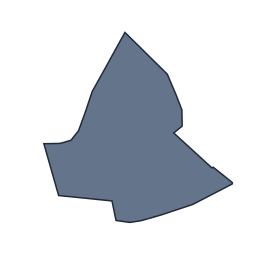 the district of Seodaemun-gu, Seoul, South Korea, rotated 344°
{"feature_id": "91817680B65126245655882", "entity_name": "Seodaemun-gu", "entity_type": "district", "adm_level": 2, "iso_a3": "KOR", "parent_name": "South Korea", "parent_adm1": "Seoul", "projection": "albers", "projection_center": [126.947, 37.574], "detail": "fine", "context": "isolated", "style": "filled", "palette": "slate", "viewbox_px": 256, "rotation_deg": 344, "n_neighbors": 0, "source": "geoboundaries", "source_scale": "gbopen_adm2", "svg_char_len": 481}
<svg xmlns="http://www.w3.org/2000/svg" viewBox="0 0 256 256"><g transform="rotate(344 128 128)"><path d="M42.8,119.9L42.7,173.8L92.5,193.7L91.0,213.6L103.8,219.3L115.2,220.7L136.5,220.7L169.2,219.3L212.8,210.5L213.3,209.3L199.1,189.2L197.6,189.4L186.3,171.0L170.6,145.4L180.6,141.1L184.8,125.5L183.4,109.9L180.6,87.1L151.4,35.3L136.5,50.2L125.2,61.6L103.8,82.9L91.1,101.3L79.7,117.0L69.7,124.1L58.4,124.1L42.8,119.9Z" fill="#64748b" stroke="#1e293b" stroke-width="1.5"/></g></svg>